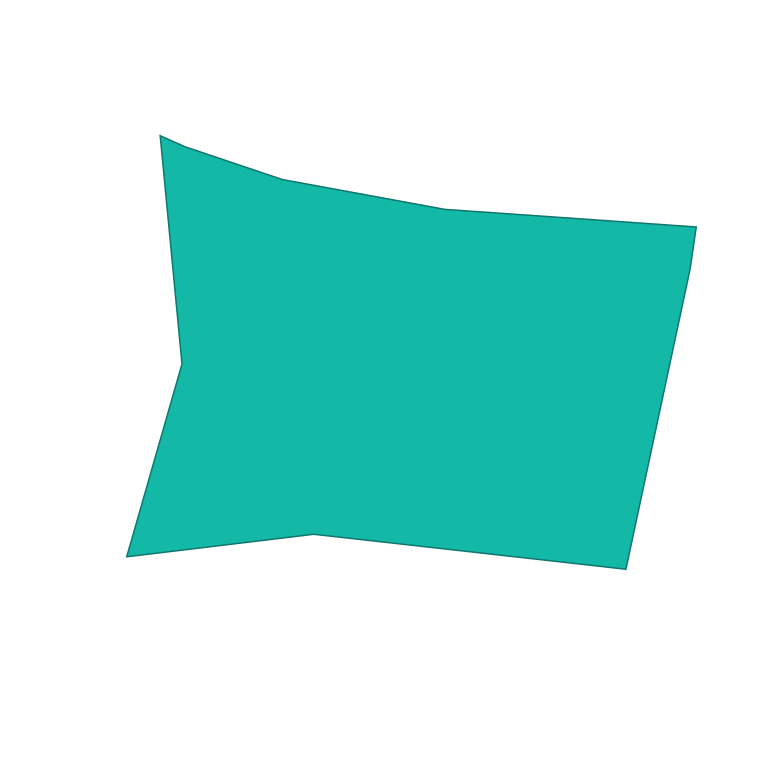 Mubarak Al-Kabeer, Albers equal-area conic projection, rotated 286°
{"feature_id": "KWT-1666", "entity_name": "Mubarak Al-Kabeer", "entity_type": "Province", "adm_level": 1, "iso_a3": "KWT", "parent_name": "Kuwait", "parent_adm1": "", "projection": "albers", "projection_center": [48.072, 29.26], "detail": "fine", "context": "isolated", "style": "filled", "palette": "teal", "viewbox_px": 768, "rotation_deg": 286, "n_neighbors": 0, "source": "natural_earth", "source_scale": "10m", "svg_char_len": 303}
<svg xmlns="http://www.w3.org/2000/svg" viewBox="0 0 768 768"><g transform="rotate(286 384 384)"><path d="M561.0,100.4L557.2,126.9L552.5,229.7L568.6,394.2L621.0,640.9L578.5,646.6L272.6,667.6L220.1,357.6L147.0,184.3L347.6,184.3L561.0,100.4Z" fill="#14b8a6" stroke="#0f766e" stroke-width="1.5"/></g></svg>